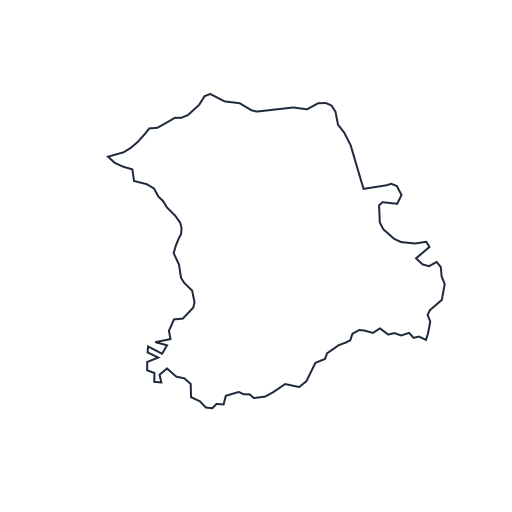 the district of Nova Santa Rita, Rio Grande do Sul, Brazil, rotated 145°
{"feature_id": "56859067B48200522919953", "entity_name": "Nova Santa Rita", "entity_type": "district", "adm_level": 2, "iso_a3": "BRA", "parent_name": "Brazil", "parent_adm1": "Rio Grande do Sul", "projection": "mercator", "projection_center": [-51.279, -29.846], "detail": "fine", "context": "isolated", "style": "outline", "palette": "slate", "viewbox_px": 512, "rotation_deg": 145, "n_neighbors": 0, "source": "geoboundaries", "source_scale": "gbopen_adm2", "svg_char_len": 1794}
<svg xmlns="http://www.w3.org/2000/svg" viewBox="0 0 512 512"><g transform="rotate(145 256 256)"><path d="M327.7,285.8L330.0,280.8L330.2,275.3L328.2,264.2L332.9,253.4L337.0,249.7L351.9,246.7L359.5,251.1L370.2,244.7L373.7,237.0L387.9,243.2L380.1,233.9L389.0,229.8L396.3,243.8L400.1,239.2L394.3,228.9L405.9,231.6L410.7,224.8L406.3,218.4L411.5,211.3L406.1,206.7L403.1,214.1L393.4,214.9L390.5,202.9L384.8,196.8L382.9,188.6L390.2,177.6L385.3,169.2L384.0,160.6L379.0,156.3L373.2,157.5L367.7,153.0L360.9,158.8L348.1,154.5L345.4,149.8L340.5,146.3L339.3,140.9L329.2,135.6L320.3,134.6L305.6,134.4L295.8,123.9L286.6,124.5L268.6,134.4L258.5,132.1L253.7,135.5L239.3,135.5L231.7,133.5L227.1,132.9L221.6,137.0L213.7,136.1L209.6,132.3L204.3,125.9L196.0,125.6L192.7,115.8L186.8,113.4L182.6,107.6L174.7,105.2L173.9,98.6L168.7,96.5L164.9,89.8L159.5,93.9L150.9,102.3L149.2,109.3L144.6,111.9L128.9,113.5L117.5,124.8L115.7,132.7L111.0,140.8L111.4,147.5L120.1,148.4L124.3,153.4L126.2,162.3L108.7,163.9L108.4,170.0L118.5,175.0L129.1,184.1L133.0,190.8L136.4,205.0L135.3,212.6L129.9,221.0L126.2,226.9L121.5,227.5L110.4,217.8L101.8,222.5L100.5,232.5L103.8,237.6L108.6,239.1L129.4,249.3L121.3,273.6L115.0,292.2L113.0,306.3L113.5,316.6L108.1,328.7L107.9,336.0L111.0,341.2L117.5,345.5L130.1,346.9L140.3,356.3L168.4,371.6L172.7,374.0L176.2,378.1L181.8,390.6L193.0,400.6L200.6,415.0L206.4,416.4L216.0,412.4L230.9,410.5L237.8,412.0L243.4,415.8L251.5,416.4L263.3,417.6L270.2,421.7L276.2,419.9L287.4,417.3L296.4,416.4L305.1,416.9L311.2,419.1L320.3,422.2L318.3,413.4L313.7,405.5L307.6,397.9L312.9,387.4L304.3,377.5L300.8,369.7L301.9,360.8L300.6,354.2L301.1,346.8L299.1,335.4L299.0,326.7L301.1,321.4L304.6,317.1L309.7,314.4L316.0,310.3L321.8,305.6L324.1,292.9L327.7,285.8Z" fill="none" stroke="#1e293b" stroke-width="2"/></g></svg>